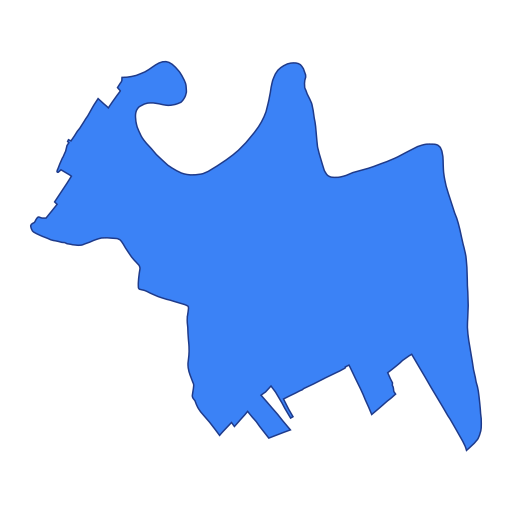 Yen Khanh, Ninh Bình, Vietnam
{"feature_id": "81297802B59755992581592", "entity_name": "Yen Khanh", "entity_type": "district", "adm_level": 2, "iso_a3": "VNM", "parent_name": "Vietnam", "parent_adm1": "Ninh Bình", "projection": "natural_earth1", "projection_center": [106.072, 20.189], "detail": "fine", "context": "isolated", "style": "filled", "palette": "blue", "viewbox_px": 512, "rotation_deg": 0, "n_neighbors": 0, "source": "geoboundaries", "source_scale": "gbopen_adm2", "svg_char_len": 5983}
<svg xmlns="http://www.w3.org/2000/svg" viewBox="0 0 512 512"><path d="M33.7,232.1L36.4,233.6L39.8,235.2L42.5,236.4L45.4,237.5L47.7,238.4L50.8,239.8L53.4,240.5L55.4,240.8L58.2,241.4L62.0,242.4L64.8,242.6L67.0,243.7L70.8,244.3L72.4,244.7L77.1,245.2L78.4,245.3L81.3,245.1L82.6,244.8L84.5,244.0L89.6,242.2L93.7,240.4L96.5,239.4L98.7,238.7L101.4,238.0L103.2,237.9L107.1,237.8L112.3,238.2L116.6,238.5L117.7,238.7L118.7,239.2L119.8,239.7L120.4,240.2L121.5,241.5L123.3,244.2L125.4,247.8L128.1,251.9L131.5,256.9L134.0,259.9L138.3,264.5L138.9,265.1L139.4,266.0L139.6,266.6L139.9,267.6L140.0,268.3L139.9,269.3L139.3,273.0L138.6,278.8L138.3,283.4L138.3,285.1L138.4,287.6L138.6,288.2L139.0,288.8L139.5,289.2L139.8,289.3L142.3,289.9L143.7,290.2L145.0,290.6L147.3,291.6L150.4,293.2L155.4,295.4L158.2,296.6L161.5,297.7L163.7,298.4L166.6,299.3L170.3,300.2L174.1,301.4L184.5,304.5L186.0,305.1L187.2,305.7L187.9,306.1L188.2,306.5L188.4,307.0L188.4,307.5L188.5,308.4L188.1,311.8L187.5,315.8L187.3,316.5L187.3,317.3L187.2,320.2L187.3,322.9L187.8,327.6L188.0,333.3L188.4,339.2L188.9,344.6L189.0,346.6L189.1,351.5L189.0,353.0L188.9,355.3L188.0,363.2L188.0,364.3L188.0,365.2L188.2,367.8L189.0,371.7L189.5,373.2L190.0,374.8L192.8,382.2L193.5,383.8L193.6,384.4L193.7,385.0L193.7,385.7L193.4,388.5L192.3,395.5L192.4,396.7L192.9,398.0L193.3,398.6L194.3,399.9L194.9,400.6L195.1,401.1L195.3,401.6L196.4,404.5L197.6,407.1L198.5,408.7L199.6,410.3L200.6,411.8L203.1,414.7L206.8,419.0L209.5,422.1L215.5,429.9L219.6,435.4L221.2,433.5L223.2,431.3L231.5,422.5L234.4,426.5L237.7,422.8L239.1,421.2L240.3,419.8L244.9,414.7L247.6,411.4L252.4,417.3L254.2,419.3L256.3,421.7L259.7,426.5L268.8,438.1L275.5,435.5L284.1,432.2L290.4,429.9L287.7,426.7L282.5,420.5L277.6,414.3L272.0,407.9L266.7,401.7L261.0,395.2L263.6,393.3L265.5,392.0L271.0,386.0L275.6,392.2L282.1,403.2L284.8,408.3L290.6,418.1L293.0,416.7L288.7,409.3L283.5,399.0L288.4,396.5L289.4,396.0L295.8,392.9L299.8,390.8L302.4,389.7L303.6,388.6L313.4,384.0L325.5,377.8L330.5,375.4L336.5,372.5L339.7,371.0L345.0,368.1L345.2,367.8L345.4,367.5L345.3,366.9L349.0,365.1L350.4,367.9L355.4,378.4L360.7,389.2L363.2,394.7L365.3,399.8L368.7,407.3L371.7,414.5L378.8,408.5L387.6,400.8L390.1,398.9L391.8,397.5L394.1,395.4L395.6,394.1L394.0,391.8L393.8,391.4L393.4,388.3L393.1,386.9L392.4,385.5L392.3,385.2L392.5,382.9L390.3,378.6L387.7,372.7L391.1,370.1L396.0,366.2L400.2,362.7L401.8,361.1L403.0,360.1L406.7,357.5L409.1,355.8L411.7,354.3L419.2,367.1L425.3,377.4L431.0,387.3L442.6,406.7L447.9,415.8L450.1,419.1L455.4,428.3L462.8,441.4L465.0,445.9L465.8,448.0L466.5,450.4L469.2,448.0L474.4,443.1L476.6,440.5L477.5,439.5L478.3,438.1L479.5,435.2L480.5,431.8L480.8,430.8L481.2,427.8L481.3,423.9L481.2,418.7L480.6,413.5L480.3,409.1L479.7,402.8L479.0,396.4L478.3,391.0L477.5,386.9L476.1,381.9L475.3,377.4L473.5,369.5L472.4,362.2L471.2,355.1L470.0,347.9L468.8,340.8L467.9,333.9L467.4,327.3L467.5,322.2L467.7,318.4L468.2,305.6L468.0,298.8L467.8,292.1L467.4,285.6L467.3,279.8L466.9,267.5L466.3,260.2L465.9,256.3L465.3,253.2L464.0,247.6L463.2,244.6L461.5,237.1L459.9,229.7L458.3,223.4L456.7,218.1L455.3,214.6L454.6,212.8L452.7,206.9L448.2,193.0L446.1,186.0L444.8,179.9L444.2,176.7L443.6,172.2L443.4,169.4L443.2,164.5L443.1,160.7L442.9,156.8L442.7,155.5L441.9,151.2L441.6,150.4L441.2,149.4L440.8,148.6L440.3,147.4L439.3,146.4L438.0,145.3L437.2,144.9L436.3,144.6L435.0,144.3L433.8,144.2L429.4,144.1L426.3,144.2L424.0,144.6L421.8,145.2L417.5,146.6L406.0,152.5L397.7,156.9L394.7,158.3L386.9,161.6L381.6,163.5L373.4,166.6L368.3,168.3L355.3,171.9L352.8,172.6L346.2,175.4L343.5,176.2L340.7,176.9L338.5,177.3L334.6,177.4L331.6,177.2L330.4,176.9L328.5,176.0L327.4,175.2L326.4,174.0L324.6,171.1L324.1,169.9L323.7,168.6L322.3,164.1L319.1,153.3L318.4,150.4L317.8,148.1L317.5,146.6L316.9,140.9L315.6,126.3L315.0,122.0L314.2,117.9L313.2,110.7L312.0,104.7L311.5,103.0L309.8,99.2L307.2,94.0L305.9,90.4L305.1,88.7L304.7,87.6L304.6,85.4L304.5,83.5L304.8,80.3L305.7,77.1L305.6,74.9L303.4,68.7L301.8,66.3L300.4,64.7L298.4,63.6L296.0,63.0L293.4,62.9L290.8,63.1L287.4,63.9L283.7,65.7L280.8,67.6L277.9,70.2L275.4,73.9L273.9,77.3L272.7,80.3L271.9,83.6L271.1,87.4L270.3,92.6L268.9,99.9L268.0,103.8L266.0,111.8L264.0,116.8L261.4,122.0L258.5,126.8L254.5,132.3L249.3,138.6L245.9,142.7L238.4,150.3L232.8,155.0L226.2,159.9L217.2,165.9L212.6,168.7L208.2,171.4L203.1,173.6L201.0,174.1L195.4,174.8L190.5,174.9L187.1,174.5L184.2,173.9L181.3,173.0L176.6,170.7L172.0,168.0L167.8,165.2L162.8,160.6L156.3,154.5L151.4,148.7L146.4,143.3L143.9,140.2L142.2,137.8L141.1,135.9L138.8,131.0L137.2,127.1L136.5,124.4L135.9,121.5L135.5,117.0L135.5,115.0L135.7,113.2L136.1,111.5L136.7,110.0L137.8,108.3L138.7,107.2L139.8,106.4L141.1,105.7L144.4,104.0L147.6,103.1L150.4,102.9L153.1,102.9L159.1,103.8L162.6,104.6L165.5,105.1L168.2,105.4L171.0,105.2L175.0,104.5L177.8,103.6L180.9,102.3L182.1,101.1L183.2,99.8L183.9,98.7L184.4,97.9L184.9,97.0L185.5,95.6L186.0,93.7L186.4,92.2L186.4,91.0L186.3,89.2L186.2,87.8L186.0,85.4L185.6,83.6L185.3,82.8L184.3,80.3L181.9,75.7L179.9,72.5L179.0,71.3L175.5,67.3L172.2,64.3L169.0,62.4L165.9,61.6L162.5,61.8L159.0,63.0L155.6,64.9L152.2,67.2L148.9,69.5L144.9,71.9L140.3,73.8L136.3,75.4L131.5,76.5L127.0,77.2L122.0,77.4L121.9,79.2L121.9,80.3L121.5,81.4L121.0,82.3L120.3,83.2L117.5,87.6L120.3,90.8L120.2,91.2L116.9,95.6L112.6,101.6L108.3,107.9L106.6,106.2L103.9,103.9L99.5,99.9L98.1,98.6L94.1,104.7L92.8,106.9L87.8,115.8L85.4,119.3L84.4,121.0L79.8,128.2L77.3,131.3L74.3,136.1L71.0,140.9L68.5,139.7L67.6,141.5L68.9,142.7L67.0,145.5L65.6,151.3L64.7,153.2L63.2,156.7L62.3,158.2L59.8,163.9L58.0,168.6L57.3,170.1L57.0,171.4L57.1,171.9L57.7,172.3L58.3,172.2L61.0,169.8L69.6,174.9L71.4,176.2L67.0,183.2L54.6,201.9L57.1,204.3L53.3,209.1L46.0,218.1L42.4,218.1L41.0,217.8L39.6,217.2L38.4,217.0L37.9,217.2L37.2,217.9L36.7,218.5L36.0,219.6L35.5,220.5L35.1,221.4L34.4,222.4L33.5,223.0L32.7,223.3L31.3,224.4L30.7,225.8L30.8,226.7L31.2,228.3L31.8,229.7L32.5,231.0L33.7,232.1Z" fill="#3b82f6" stroke="#1e3a8a" stroke-width="1.5"/></svg>